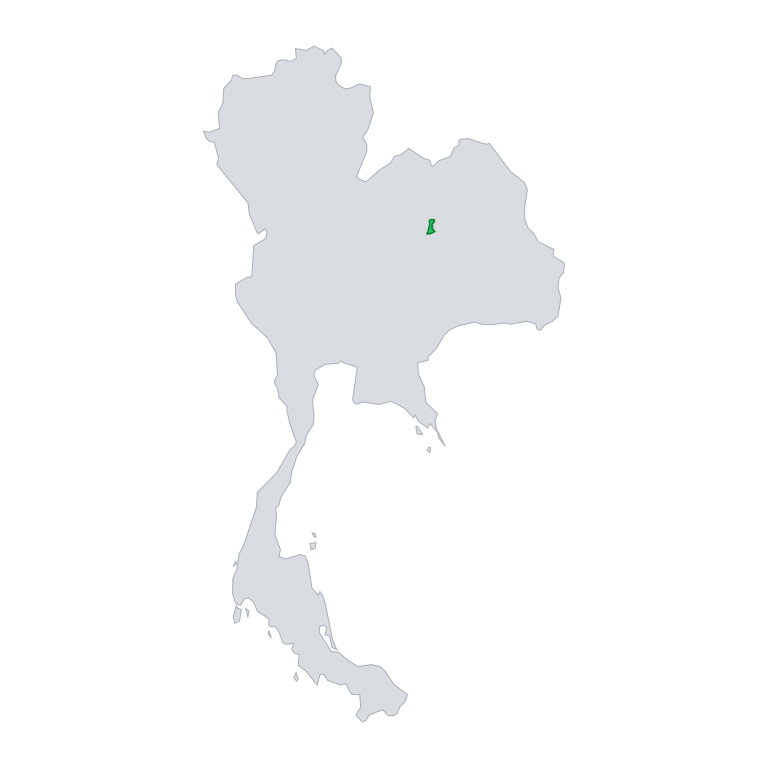 location of Ban Fang, Khon Kaen, Thailand
{"feature_id": "78962969B10387092558373", "entity_name": "Ban Fang", "entity_type": "district", "adm_level": 2, "iso_a3": "THA", "parent_name": "Thailand", "parent_adm1": "Khon Kaen", "projection": "orthographic", "projection_center": [102.643, 16.502], "detail": "fine", "context": "in_parent", "style": "filled", "palette": "green", "viewbox_px": 768, "rotation_deg": 0, "n_neighbors": 0, "source": "geoboundaries", "source_scale": "gbopen_adm2", "svg_char_len": 5860}
<svg xmlns="http://www.w3.org/2000/svg" viewBox="0 0 768 768"><path d="M323.9,51.1L324.5,54.4L328.0,50.1L332.3,48.1L340.8,57.7L341.8,61.8L335.3,76.9L336.2,82.1L340.2,86.3L345.0,88.8L350.2,88.2L359.8,83.8L370.4,86.8L369.7,96.9L373.4,113.0L368.0,129.4L362.8,137.4L366.7,144.6L366.9,151.2L356.4,176.7L358.5,178.7L365.0,181.6L367.7,180.7L378.5,170.7L390.5,163.0L394.4,156.4L401.9,154.2L408.7,148.3L424.2,158.7L428.3,159.6L430.3,161.3L431.1,165.6L433.0,166.3L439.4,160.5L450.1,156.7L454.3,147.8L459.3,145.2L458.8,140.8L460.3,139.2L469.0,138.7L482.3,143.3L487.0,144.3L489.2,143.2L510.3,171.4L524.0,182.2L527.4,189.6L524.5,208.7L524.9,219.5L528.0,227.8L533.8,233.6L538.2,241.7L554.1,249.5L552.8,251.6L553.9,256.7L563.8,262.5L564.6,264.5L563.6,272.2L559.2,278.1L558.2,282.9L558.3,288.9L560.9,297.8L558.0,316.3L552.1,321.5L544.5,325.3L540.3,330.4L537.2,329.2L535.6,324.1L527.1,321.3L510.8,324.2L502.7,323.0L491.8,324.8L481.1,324.2L474.8,322.0L457.0,326.2L449.5,329.9L444.1,335.2L436.1,348.7L427.9,357.0L428.0,360.4L417.8,362.5L418.3,374.0L424.2,386.6L425.8,402.4L437.3,413.5L435.1,421.3L436.5,428.9L445.3,446.4L438.9,438.1L437.6,432.5L430.1,423.7L427.6,428.0L418.8,421.5L415.1,415.0L413.7,417.8L405.0,408.6L396.1,403.7L391.1,401.4L378.6,404.5L362.8,401.9L356.6,404.3L354.1,402.8L352.6,400.0L357.3,367.2L343.6,362.9L341.3,360.8L338.3,363.2L324.9,364.4L315.1,370.3L313.8,375.3L318.2,384.4L312.4,400.7L314.1,416.0L313.3,424.4L306.4,435.0L304.6,443.6L296.7,456.6L291.5,473.0L290.1,482.7L280.9,497.1L278.7,505.4L275.4,508.4L276.6,515.0L274.9,535.1L280.5,549.8L278.9,556.5L285.2,559.0L300.2,554.6L305.2,555.9L308.3,563.9L311.9,587.8L318.2,595.2L319.8,591.5L322.7,595.4L325.0,602.5L332.7,640.1L336.8,649.9L332.0,647.4L329.4,635.5L325.0,635.0L326.6,627.6L323.8,624.9L319.3,627.0L319.4,632.8L331.3,651.6L338.7,652.2L348.0,660.5L358.2,666.6L371.2,664.6L380.1,666.6L385.4,671.6L393.8,684.3L407.5,694.8L405.4,701.4L400.0,706.7L397.1,713.6L393.4,715.7L388.2,715.7L382.7,709.8L369.0,715.1L366.0,720.5L362.5,721.9L356.4,715.8L357.0,712.4L360.7,707.5L359.8,694.6L351.6,694.4L346.2,684.6L344.4,683.7L340.5,685.1L327.6,680.4L323.8,674.3L319.9,674.8L317.2,685.1L305.9,671.1L298.1,665.2L299.3,654.9L293.9,652.6L291.7,649.6L293.7,643.5L286.4,644.3L282.9,642.6L278.7,631.3L275.1,626.8L270.3,626.7L268.7,624.5L269.1,619.0L257.3,610.9L253.5,601.9L247.9,597.8L244.3,599.0L240.7,605.2L238.0,604.8L235.5,602.9L232.6,593.9L232.9,578.3L236.8,569.2L239.0,554.6L244.7,542.4L256.6,506.7L257.2,492.5L276.9,472.6L290.1,449.6L294.4,446.3L296.3,442.0L289.7,423.2L286.8,410.2L287.3,406.8L279.2,397.9L277.2,387.7L275.1,384.5L274.4,381.1L277.5,375.3L276.1,353.1L267.3,337.6L251.4,323.1L237.4,302.0L235.6,294.5L235.4,284.1L247.0,277.3L251.7,276.9L253.8,245.6L263.9,239.8L266.0,237.3L267.1,232.0L264.8,229.0L258.3,234.0L257.1,232.8L249.4,214.2L248.0,203.0L216.9,164.6L218.5,158.3L214.3,142.0L209.6,141.6L206.5,138.6L203.4,131.2L209.5,132.3L219.6,128.4L218.3,112.6L222.8,103.6L223.7,88.6L231.5,79.9L232.6,75.5L236.8,75.0L242.2,78.4L247.9,78.6L271.5,75.2L274.6,71.2L276.2,63.0L278.6,60.4L283.9,59.8L289.9,61.5L296.4,58.4L295.4,48.6L306.6,50.5L314.0,46.1L323.9,51.1ZM241.3,609.4L239.5,621.1L234.9,623.3L233.4,616.5L236.2,605.7L237.5,608.2L241.3,609.4ZM315.9,542.5L315.1,548.1L311.0,549.9L310.0,543.6L315.9,542.5ZM417.7,426.5L422.7,434.6L417.0,433.9L415.9,426.1L417.7,426.5ZM296.5,681.2L293.9,677.8L296.1,672.6L298.2,679.1L296.5,681.2ZM249.0,610.9L247.8,617.2L245.6,608.5L249.0,610.9ZM316.1,537.4L313.9,536.7L312.1,533.0L314.8,533.1L316.1,537.4ZM268.8,630.3L271.4,637.9L268.4,634.3L268.8,630.3ZM430.6,447.8L429.9,452.6L427.3,450.6L428.9,447.1L430.6,447.8ZM236.3,564.1L233.5,565.9L235.8,561.4L236.3,564.1Z" fill="#d9dde1" stroke="#a8b0b8" stroke-width="1"/><path d="M434.6,220.7L434.2,219.8L433.6,219.7L433.4,219.5L433.2,219.5L432.9,219.5L432.7,219.5L432.4,219.5L432.2,219.6L431.9,219.5L431.7,219.5L431.4,219.4L431.2,219.5L430.9,219.7L430.7,219.7L430.4,219.8L430.1,219.9L430.0,220.0L429.7,220.1L429.4,220.3L429.3,220.7L429.3,220.8L429.3,221.0L429.4,221.3L429.5,221.4L429.5,221.6L429.5,221.8L429.5,222.1L429.5,222.3L429.4,222.5L429.5,222.7L429.5,222.8L429.6,223.0L429.6,223.5L429.5,223.9L429.5,224.1L429.5,224.3L429.4,224.4L429.4,224.7L429.4,224.9L429.4,225.1L429.3,225.5L429.3,225.9L429.3,226.0L429.2,226.3L429.2,226.5L429.1,227.0L429.0,227.5L428.9,227.6L428.8,227.9L428.8,228.2L428.8,228.3L428.7,228.4L428.7,228.5L428.3,229.5L428.3,230.0L428.2,230.6L428.2,230.8L428.2,231.0L428.2,231.3L428.2,231.7L428.1,232.1L428.0,232.3L427.9,232.5L427.6,232.8L427.4,233.0L427.2,233.0L427.0,233.4L426.9,233.4L426.9,233.5L427.0,233.8L427.1,234.0L427.4,233.9L427.6,233.9L427.9,233.4L428.1,233.5L428.3,233.6L428.6,233.7L428.8,233.8L429.2,233.8L429.3,233.8L429.5,233.8L429.8,233.8L430.1,233.7L430.6,233.7L430.8,233.6L431.0,233.4L431.3,233.3L431.3,233.2L431.5,233.0L431.8,233.0L431.7,233.0L431.8,233.0L432.0,233.0L432.1,232.9L432.2,232.7L432.3,232.7L432.5,232.6L432.8,232.6L433.0,232.6L433.3,232.5L433.3,232.4L433.5,232.3L433.7,232.2L433.8,232.2L434.0,231.7L434.4,231.6L434.2,231.5L434.1,231.4L434.0,231.2L434.0,230.9L433.9,230.9L433.9,230.7L434.0,230.5L433.8,230.5L433.6,230.3L433.5,230.2L433.4,230.1L433.6,230.0L433.5,229.9L433.4,229.8L433.3,229.7L433.2,229.6L433.2,229.1L432.8,229.0L432.7,228.9L432.6,228.7L432.6,228.8L432.5,228.7L432.4,228.7L432.4,228.4L432.4,228.2L432.4,227.9L432.2,227.9L432.3,227.8L432.1,227.5L432.1,227.4L432.1,227.2L432.1,226.9L432.2,226.7L432.3,226.5L432.4,226.4L432.5,226.3L432.6,226.2L432.4,226.1L432.2,226.1L432.2,225.9L432.3,225.9L432.2,225.9L432.2,225.7L431.9,225.5L431.9,225.4L431.8,225.2L431.7,225.2L431.8,224.9L432.1,224.6L432.4,224.2L432.7,223.7L432.8,223.7L432.9,223.4L433.2,222.2L433.3,222.2L433.4,222.3L433.4,222.2L433.5,222.2L433.5,222.3L433.8,222.3L434.0,222.0L434.0,221.9L433.9,221.6L434.2,221.3L434.4,221.0L434.6,220.9L434.6,220.7Z" fill="#22c55e" stroke="#15803d" stroke-width="1.5"/></svg>